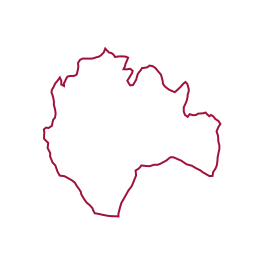 Icém, São Paulo, Brazil, rotated 151°
{"feature_id": "56859067B31736587955122", "entity_name": "Icém", "entity_type": "district", "adm_level": 2, "iso_a3": "BRA", "parent_name": "Brazil", "parent_adm1": "São Paulo", "projection": "albers", "projection_center": [-49.2, -20.366], "detail": "fine", "context": "isolated", "style": "outline", "palette": "rose", "viewbox_px": 256, "rotation_deg": 151, "n_neighbors": 0, "source": "geoboundaries", "source_scale": "gbopen_adm2", "svg_char_len": 2403}
<svg xmlns="http://www.w3.org/2000/svg" viewBox="0 0 256 256"><g transform="rotate(151 128 128)"><path d="M80.1,46.5L77.3,45.1L75.0,48.1L71.0,50.2L68.4,52.3L66.0,55.5L63.6,59.2L61.6,61.5L59.9,63.5L58.3,65.3L56.5,68.5L55.4,72.8L54.2,75.1L53.0,77.7L52.2,82.1L48.8,84.8L45.2,86.8L45.5,90.3L47.3,93.6L47.7,96.7L49.1,99.2L51.2,98.9L52.2,101.8L52.7,103.9L54.9,104.4L57.3,105.4L59.8,106.6L62.4,106.4L65.2,107.9L67.4,110.2L70.4,108.8L71.8,111.9L71.3,115.2L69.2,119.1L65.9,121.4L63.2,123.6L60.9,126.2L59.6,128.3L57.1,130.6L55.9,132.9L55.3,135.4L54.8,137.9L55.5,140.4L58.2,139.9L62.6,138.3L67.1,137.2L69.7,136.7L71.9,139.4L73.6,141.9L74.6,144.0L75.6,146.5L76.0,149.5L74.9,152.4L74.0,155.5L73.3,158.7L74.3,163.4L74.9,167.1L76.4,170.1L79.0,172.2L81.6,171.7L84.0,172.5L86.7,173.6L88.8,172.4L91.2,171.5L93.4,170.4L95.4,168.4L97.3,166.4L100.3,164.6L102.7,163.2L105.4,164.2L105.7,167.1L105.6,169.8L103.2,171.0L100.5,172.6L98.1,173.9L96.2,175.7L97.4,178.8L100.9,180.0L103.4,181.6L100.9,183.3L99.0,185.4L96.0,187.6L93.8,189.5L95.6,191.7L97.8,193.1L100.4,194.6L102.7,195.6L104.9,196.4L105.1,199.1L106.1,201.6L108.0,203.2L108.6,205.3L109.4,208.5L112.6,205.8L116.3,204.7L119.1,204.5L121.3,205.2L124.0,205.6L126.4,206.4L129.5,208.2L134.1,210.7L136.9,210.9L140.2,209.1L141.7,205.7L144.0,202.8L147.0,199.6L149.9,199.7L153.5,201.6L156.0,202.3L158.5,200.9L160.6,199.2L162.4,198.1L163.6,195.8L165.3,198.4L163.5,201.5L163.1,205.2L167.4,203.2L170.0,202.3L173.1,200.0L176.3,198.1L177.7,196.1L178.1,193.1L179.0,189.9L180.1,186.7L181.6,184.3L182.4,181.0L183.3,178.2L184.4,175.5L186.9,172.4L189.4,171.5L191.0,169.8L193.5,166.8L197.5,166.5L199.5,168.1L202.3,167.5L203.5,164.3L205.2,161.9L206.6,159.2L205.0,153.6L206.6,151.4L208.0,149.5L208.1,147.3L208.2,143.7L209.9,141.0L210.7,134.5L209.7,130.4L210.8,124.1L210.8,119.5L207.0,116.7L205.1,113.8L202.5,109.5L201.0,106.1L200.9,102.1L200.5,98.9L200.2,95.1L201.0,92.7L200.9,88.4L200.7,85.3L200.3,82.6L199.0,79.5L198.0,75.4L198.4,72.4L198.4,69.5L195.9,67.6L194.0,65.9L191.8,64.0L189.0,61.6L186.3,59.6L179.2,55.3L178.0,57.6L172.8,63.1L169.8,65.9L166.9,67.6L157.5,73.4L154.1,74.7L151.9,76.1L143.9,82.6L142.0,87.1L138.4,87.3L136.4,87.9L134.5,88.8L131.5,86.6L127.6,84.1L123.3,83.3L119.7,81.4L116.5,81.0L113.3,81.0L110.5,80.9L106.9,81.6L104.6,81.7L102.3,80.2L97.2,73.5L95.9,70.9L94.4,67.9L90.5,64.1L87.8,59.5L85.2,55.8L84.1,53.1L80.1,46.5Z" fill="none" stroke="#9f1239" stroke-width="2"/></g></svg>